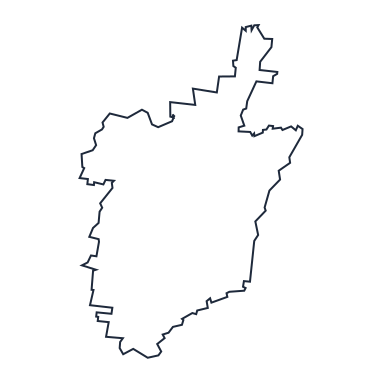 Latrobe (Vic.), Victoria, Australia (orthographic projection), rotated 357°
{"feature_id": "25037944B78078629114467", "entity_name": "Latrobe (Vic.)", "entity_type": "district", "adm_level": 2, "iso_a3": "AUS", "parent_name": "Australia", "parent_adm1": "Victoria", "projection": "orthographic", "projection_center": [146.558, -38.254], "detail": "medium", "context": "isolated", "style": "outline", "palette": "slate", "viewbox_px": 384, "rotation_deg": 357, "n_neighbors": 0, "source": "geoboundaries", "source_scale": "gbopen_adm2", "svg_char_len": 1906}
<svg xmlns="http://www.w3.org/2000/svg" viewBox="0 0 384 384"><g transform="rotate(357 192 192)"><path d="M87.1,231.4L96.3,234.2L96.5,236.9L93.2,251.2L87.8,250.1L84.1,256.9L78.3,259.5L92.0,264.6L89.1,265.4L86.6,284.4L88.5,284.7L84.2,299.7L106.4,303.4L105.2,309.4L90.5,307.2L89.8,311.4L91.8,311.8L91.1,315.9L102.0,317.6L98.6,332.1L115.3,334.4L112.4,338.0L111.6,344.1L114.8,350.4L125.1,345.6L139.1,355.2L149.9,353.4L152.9,349.7L149.3,342.0L157.0,336.5L155.3,332.8L161.2,331.3L165.9,325.7L175.0,324.1L176.7,319.4L175.4,318.2L186.0,312.9L189.8,314.2L191.0,310.6L201.7,308.6L200.9,301.8L204.5,299.1L205.6,303.5L221.8,298.6L221.2,294.9L224.1,293.6L239.0,293.3L240.5,290.7L238.0,289.3L239.2,283.7L245.2,284.6L251.6,244.1L255.8,238.4L253.7,224.7L264.6,214.5L263.7,211.3L269.4,194.6L280.6,184.2L279.7,175.3L291.5,168.0L291.0,162.4L305.0,140.7L305.7,134.9L301.1,131.4L298.9,135.8L294.4,131.7L285.6,134.8L284.2,132.4L275.9,133.0L276.4,130.4L272.3,129.7L269.6,133.5L266.1,133.7L265.8,136.4L257.2,139.5L257.1,136.8L255.1,138.8L253.3,135.1L241.7,133.9L242.0,129.9L247.7,128.5L244.7,118.2L247.4,112.4L250.5,111.5L251.9,104.2L262.1,84.9L278.0,87.6L279.1,80.6L283.2,78.5L283.5,76.6L265.9,73.7L266.9,65.5L278.9,51.5L280.1,43.4L272.2,42.7L265.8,31.0L267.2,28.8L262.9,28.8L260.0,33.5L259.9,29.0L254.3,30.1L254.1,33.8L250.6,30.5L243.5,62.6L239.8,63.0L239.9,68.4L242.2,70.2L240.9,78.8L225.1,78.1L222.0,93.9L198.3,88.8L199.8,105.2L174.9,101.1L174.3,115.6L177.5,116.7L176.7,113.6L178.2,115.3L175.8,120.3L161.6,125.5L155.6,122.4L151.9,110.6L146.3,107.2L131.4,114.6L114.0,109.3L106.3,117.9L107.2,122.3L105.4,124.8L98.5,128.3L96.9,133.2L98.7,140.2L95.0,145.1L83.7,148.3L83.8,161.3L85.6,162.5L80.5,172.2L88.7,173.6L87.9,178.7L94.4,179.9L94.8,177.1L103.9,179.8L106.3,175.4L114.6,176.7L112.4,178.7L112.8,183.8L99.7,198.5L101.5,203.0L98.7,206.8L97.1,218.0L91.3,222.7L87.1,231.4Z" fill="none" stroke="#1e293b" stroke-width="2"/></g></svg>